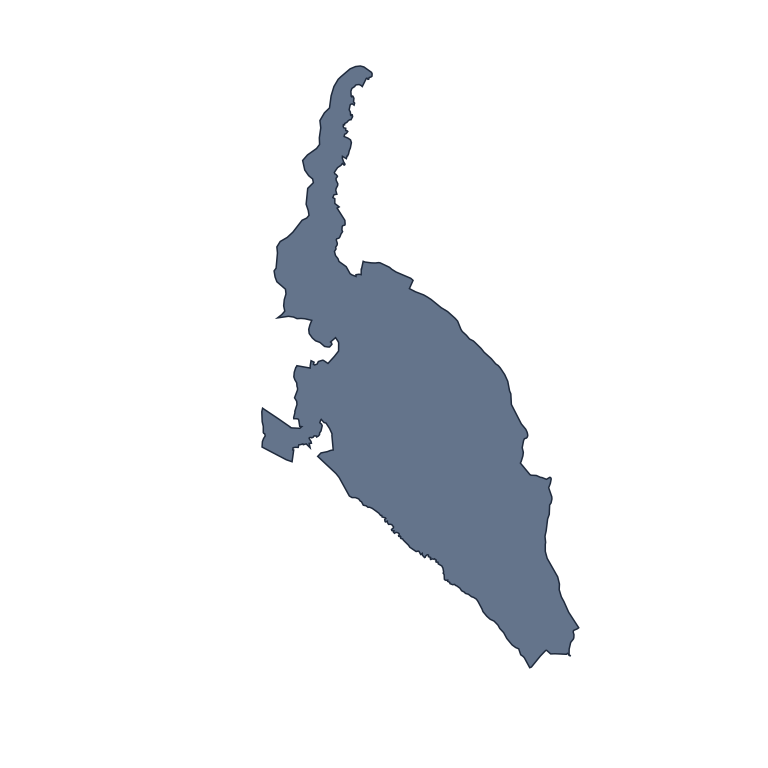 Valea Moldovei, Suceava, Romania (Equal Earth projection), rotated 254°
{"feature_id": "2599482B49071413589038", "entity_name": "Valea Moldovei", "entity_type": "district", "adm_level": 2, "iso_a3": "ROU", "parent_name": "Romania", "parent_adm1": "Suceava", "projection": "equal_earth", "projection_center": [26.027, 47.483], "detail": "fine", "context": "isolated", "style": "filled", "palette": "slate", "viewbox_px": 768, "rotation_deg": 254, "n_neighbors": 0, "source": "geoboundaries", "source_scale": "gbopen_adm2", "svg_char_len": 6142}
<svg xmlns="http://www.w3.org/2000/svg" viewBox="0 0 768 768"><g transform="rotate(254 384 384)"><path d="M685.5,458.1L687.0,457.9L694.3,452.1L696.2,448.9L697.0,444.2L696.3,438.3L691.2,427.1L689.5,423.9L683.8,417.9L675.6,412.6L664.4,407.7L661.1,401.5L654.9,395.0L647.6,393.8L638.5,389.7L632.0,388.1L629.0,384.1L625.3,373.6L621.3,367.4L611.5,366.8L605.0,369.0L600.8,371.9L597.0,371.6L593.1,364.6L578.3,358.7L571.6,359.0L566.8,358.4L564.8,355.4L564.0,350.4L555.1,338.3L551.6,331.4L549.6,323.5L545.3,318.8L539.3,317.7L525.1,312.2L523.0,309.5L516.9,308.8L511.8,309.2L502.3,315.4L497.6,314.6L492.6,311.4L486.8,309.1L481.4,308.7L478.9,304.9L476.9,299.9L475.4,310.8L473.3,315.5L470.8,318.4L469.9,322.3L468.5,326.0L465.1,332.1L461.3,329.1L457.3,326.7L453.1,326.0L448.0,327.8L444.4,330.1L441.6,333.9L436.5,337.2L435.0,340.4L434.6,341.9L436.5,344.9L438.0,344.9L439.1,344.2L441.9,350.2L437.2,351.7L435.9,351.7L428.2,349.4L424.2,343.9L419.2,335.8L423.4,332.3L423.8,331.5L423.7,327.1L421.6,325.2L421.4,322.5L422.4,321.6L424.2,322.8L426.5,320.3L422.1,318.2L419.7,317.4L425.6,305.3L424.7,304.7L424.4,303.9L420.1,301.0L415.7,299.3L412.6,299.5L409.2,300.4L405.7,299.7L404.0,299.8L402.1,299.2L395.4,294.2L391.5,295.3L388.3,294.7L382.4,290.8L381.1,290.5L376.6,287.9L375.5,287.7L374.5,291.0L373.8,291.9L372.7,292.1L366.5,291.3L365.7,293.2L364.6,290.9L367.2,283.3L368.0,282.0L368.4,282.1L379.3,273.2L394.2,260.6L391.0,258.9L381.3,256.5L376.6,256.3L370.7,254.6L369.7,254.8L369.1,255.6L366.8,255.5L364.8,253.2L362.1,251.2L357.0,249.4L338.1,269.2L334.6,274.2L345.4,279.0L345.8,278.1L347.8,279.1L347.6,281.3L346.7,284.1L349.0,285.3L348.7,287.1L348.8,289.5L347.9,289.7L347.9,292.7L343.1,295.4L347.5,295.7L347.1,297.9L348.9,298.0L352.2,297.0L353.0,297.5L352.8,299.1L352.2,299.6L352.3,301.1L353.4,302.6L352.6,304.6L351.6,304.7L352.1,306.6L353.1,308.1L354.7,308.6L356.2,310.5L360.9,313.1L362.6,312.9L364.5,311.6L366.9,313.3L367.3,313.9L363.5,315.7L362.4,317.5L356.3,319.4L350.4,320.3L348.8,319.7L334.6,317.0L334.9,314.3L334.6,310.9L335.1,304.4L332.7,300.3L311.1,313.2L306.5,315.1L285.9,319.8L283.6,322.0L282.7,325.2L280.5,328.0L278.0,328.9L277.0,329.9L273.2,330.7L271.8,333.3L269.9,334.6L269.5,336.2L267.7,338.4L261.3,343.4L258.6,344.5L258.3,345.6L256.7,345.5L255.0,348.4L254.3,348.7L253.5,347.3L251.4,347.1L251.0,347.4L251.2,349.4L250.0,349.1L247.8,349.7L247.4,351.5L246.7,352.7L244.0,353.8L243.1,353.3L242.1,351.1L241.0,351.1L240.0,353.1L239.2,352.2L237.6,352.9L238.0,354.3L237.8,355.3L237.1,356.4L235.9,357.3L234.9,357.1L234.3,356.2L233.5,356.2L233.1,356.7L233.2,357.8L232.5,358.0L231.3,357.5L230.7,357.8L230.0,359.2L228.5,359.6L222.3,363.1L219.8,363.9L214.1,368.7L213.9,370.9L213.5,371.5L210.0,372.3L210.6,374.1L208.9,373.7L206.0,375.1L206.1,375.9L207.1,376.6L207.9,378.3L207.8,379.1L207.2,379.5L205.8,379.1L204.4,381.0L203.2,380.3L202.4,380.6L202.6,382.1L202.0,383.2L202.0,384.5L201.0,384.8L200.3,385.7L198.8,384.9L198.4,385.1L197.9,386.7L196.1,386.6L193.2,389.4L190.7,389.9L186.8,389.5L185.9,388.7L184.3,389.3L179.7,388.2L179.1,388.4L178.2,389.4L177.9,391.2L176.7,390.8L175.2,392.5L173.9,392.4L172.1,394.8L172.0,396.4L171.8,396.7L170.7,397.2L170.0,398.2L166.8,400.7L163.9,401.6L161.7,403.9L160.3,404.5L158.6,407.2L155.4,409.5L154.2,411.3L151.7,413.5L149.1,414.4L140.6,416.2L137.9,416.4L132.4,418.8L128.6,421.2L125.8,424.4L120.8,427.1L117.1,427.9L112.0,430.5L105.5,431.9L97.9,435.2L94.4,437.9L92.3,440.5L86.0,440.8L84.1,442.4L82.3,443.4L71.1,445.9L71.3,447.7L79.4,459.3L83.3,466.0L83.2,466.9L78.6,469.8L77.6,473.9L73.9,484.9L74.5,486.1L73.9,486.7L72.1,487.1L71.0,488.5L72.9,487.3L78.1,488.9L84.1,492.2L86.7,495.8L87.7,496.5L90.6,497.5L93.3,497.5L94.5,498.0L94.9,498.6L95.4,502.4L96.0,504.0L113.7,498.6L125.1,497.0L130.5,495.8L138.0,495.7L143.3,497.5L150.7,497.8L171.4,492.8L178.6,492.9L185.3,494.8L187.1,495.7L192.9,496.7L194.5,497.4L198.1,499.4L209.2,504.1L213.1,506.9L222.1,509.9L223.6,511.8L227.1,513.7L229.3,514.2L238.9,513.7L242.6,516.5L246.3,518.4L247.3,518.6L248.2,518.3L248.6,517.6L247.6,513.9L250.6,510.0L251.2,508.6L254.1,505.2L255.8,500.2L256.7,499.3L270.4,493.3L271.7,494.5L276.6,497.7L279.9,499.1L284.7,499.3L291.2,502.6L292.7,503.9L292.8,506.1L293.4,507.0L294.6,507.9L296.1,508.2L298.2,508.3L301.4,507.8L307.8,505.0L329.2,500.8L339.6,503.2L342.7,502.8L352.5,503.7L359.8,502.6L367.4,500.2L370.2,498.9L372.6,496.9L378.8,494.1L386.9,489.0L391.5,487.1L399.4,482.6L400.8,481.7L403.7,478.6L408.2,476.6L412.9,473.7L415.4,473.0L424.1,472.1L427.5,470.5L436.1,465.1L441.6,460.0L452.1,452.7L455.7,449.6L458.7,446.7L464.1,439.5L468.7,434.7L475.6,440.5L478.2,438.9L488.3,426.5L492.1,423.1L494.6,421.5L501.6,413.6L502.2,412.2L502.7,409.0L503.9,405.3L506.5,399.3L507.7,397.8L500.4,393.9L500.5,393.7L495.4,392.2L496.4,390.2L496.8,387.2L495.1,386.7L497.6,383.4L499.4,381.8L507.2,380.0L514.2,374.5L517.2,374.3L520.8,372.8L525.1,372.9L527.0,375.1L528.8,375.2L530.6,377.3L532.1,377.9L535.7,377.8L536.6,378.6L536.6,380.8L537.5,382.1L540.0,384.0L541.9,386.2L543.6,386.0L546.9,387.2L547.5,387.9L547.6,390.2L548.4,390.7L552.1,391.5L566.0,387.4L566.6,389.7L571.1,386.5L575.7,387.8L577.3,386.2L579.5,387.9L579.7,388.4L579.4,391.0L583.4,391.0L585.2,391.9L587.5,394.1L589.1,394.8L592.8,394.2L594.4,394.4L595.1,394.8L596.2,396.4L596.7,396.5L598.7,395.6L599.6,394.7L601.1,394.6L604.8,399.0L606.1,403.0L607.5,404.8L605.4,406.0L605.5,406.6L606.1,407.1L608.7,406.4L612.7,406.2L614.3,406.8L611.0,409.9L613.3,411.3L613.2,411.8L614.9,413.3L618.0,415.0L620.1,416.7L625.0,419.2L627.9,419.1L630.2,417.2L632.9,413.9L634.9,415.0L635.2,416.8L636.7,418.8L637.5,418.4L638.2,417.1L640.4,417.7L641.2,416.1L641.7,415.9L642.7,415.7L644.5,416.5L644.0,417.5L645.3,418.1L645.7,420.4L646.6,421.6L647.5,423.8L647.1,425.1L649.6,427.5L651.5,427.7L651.9,427.1L651.2,426.3L651.7,426.0L654.7,426.6L657.2,426.1L661.6,428.4L662.1,429.4L662.0,430.8L660.3,432.1L662.1,433.2L663.6,432.5L666.8,433.8L668.1,433.7L669.4,433.3L668.9,432.2L669.6,431.8L674.4,432.8L676.7,434.4L677.1,434.9L678.0,437.8L679.0,438.9L679.2,440.0L678.7,442.7L677.2,444.3L675.9,445.1L682.6,451.2L682.7,451.9L681.3,452.5L681.2,453.3L682.7,454.2L682.7,456.1L683.2,457.3L685.5,458.1Z" fill="#64748b" stroke="#1e293b" stroke-width="1.5"/></g></svg>